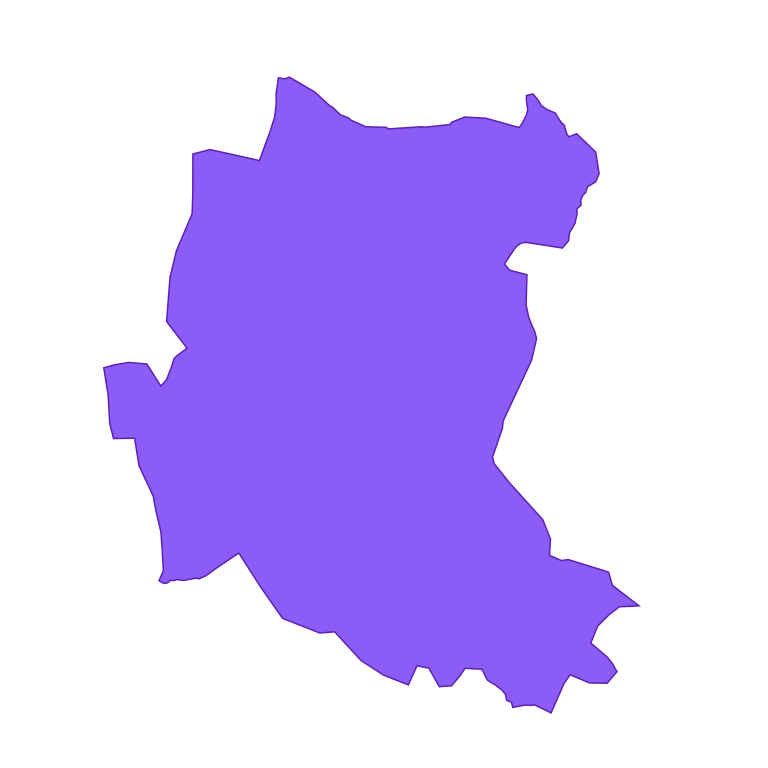 the district of Potiskum, Yobe, Nigeria, rotated 97°
{"feature_id": "59680162B46130456424051", "entity_name": "Potiskum", "entity_type": "district", "adm_level": 2, "iso_a3": "NGA", "parent_name": "Nigeria", "parent_adm1": "Yobe", "projection": "orthographic", "projection_center": [11.137, 11.687], "detail": "fine", "context": "isolated", "style": "filled", "palette": "violet", "viewbox_px": 768, "rotation_deg": 97, "n_neighbors": 0, "source": "geoboundaries", "source_scale": "gbopen_adm2", "svg_char_len": 2234}
<svg xmlns="http://www.w3.org/2000/svg" viewBox="0 0 768 768"><g transform="rotate(97 384 384)"><path d="M573.1,103.9L556.0,132.8L543.3,138.2L540.4,154.2L540.4,154.4L535.8,179.7L537.6,186.4L533.9,198.8L517.5,199.9L499.3,209.9L466.7,247.5L449.8,264.8L443.4,267.4L413.8,261.1L406.1,261.2L342.1,240.3L339.6,240.2L339.0,240.1L320.5,238.1L313.9,240.6L307.1,244.7L299.6,248.7L288.2,252.6L258.2,255.4L255.7,273.2L250.2,279.0L242.4,275.2L233.5,270.7L231.1,269.1L228.8,266.6L227.2,264.5L226.1,260.2L227.3,223.5L219.4,218.3L211.3,218.3L201.3,214.0L191.1,213.1L186.8,213.9L182.4,210.2L177.7,211.1L172.6,209.7L169.3,207.2L163.4,206.1L157.6,198.6L149.1,196.1L128.1,202.1L112.1,223.3L116.2,230.7L115.3,231.3L113.7,232.9L108.5,235.3L106.0,236.2L104.3,237.7L104.1,237.9L103.8,238.6L103.8,239.0L102.1,240.4L100.8,241.8L94.2,247.0L91.8,255.3L88.4,261.8L82.8,266.2L77.9,271.6L80.3,277.8L85.4,277.2L94.1,274.8L99.6,275.4L108.2,278.5L113.0,281.1L107.8,315.2L109.2,336.4L116.1,349.0L118.4,350.0L124.3,375.5L124.0,377.6L130.2,410.4L129.0,413.2L130.9,433.4L126.2,448.8L124.2,451.8L122.1,460.0L115.0,469.7L115.1,470.8L102.7,488.2L91.0,515.3L93.3,519.9L92.9,526.1L108.5,526.5L119.3,525.1L132.7,525.1L142.0,526.9L146.6,527.7L177.4,534.9L172.5,585.3L179.0,601.7L219.0,596.9L238.4,595.2L276.9,606.2L304.1,609.4L348.4,607.4L372.5,583.9L380.5,592.2L384.0,595.4L393.4,597.1L406.5,600.5L413.2,605.3L393.0,621.8L393.8,640.5L398.2,654.9L402.1,664.1L428.4,656.5L456.7,651.4L471.1,645.8L468.2,624.9L495.0,617.2L517.3,603.2L523.8,599.2L530.3,597.3L538.0,594.8L543.9,592.6L558.1,587.4L574.0,584.3L596.2,580.2L606.7,583.4L608.8,578.3L607.9,574.8L604.8,571.9L604.8,568.8L603.4,565.7L603.4,558.9L599.7,547.4L599.8,543.7L596.1,537.5L585.2,525.7L569.5,507.5L600.1,482.1L629.0,456.1L639.0,417.4L636.0,402.8L661.4,372.9L673.0,349.0L679.7,323.2L659.7,316.9L660.5,304.9L677.7,292.2L675.3,280.1L663.9,272.8L656.3,268.9L655.2,252.0L665.4,245.3L669.1,236.9L673.7,229.3L677.2,225.7L683.0,223.7L684.4,218.7L689.3,216.8L685.3,204.1L685.2,199.5L684.2,195.2L690.1,178.1L659.6,168.9L649.9,163.9L655.7,143.5L653.8,126.1L641.0,117.7L637.8,120.3L634.1,122.8L628.1,128.8L615.9,147.2L598.2,142.4L585.6,132.5L576.5,123.4L573.1,103.9Z" fill="#8b5cf6" stroke="#5b21b6" stroke-width="1.5"/></g></svg>